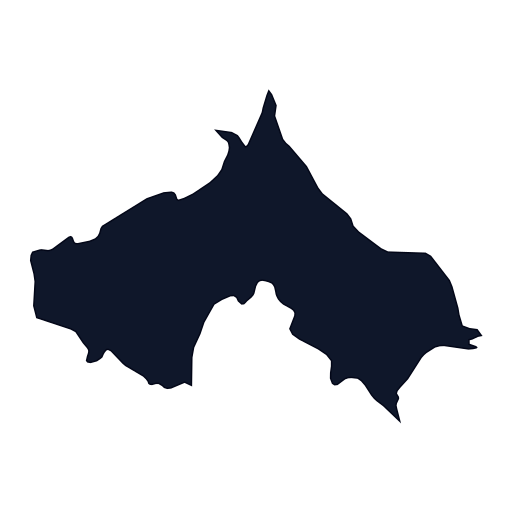 outline of Koprivničko-Križevačka
{"feature_id": "HRV-1608", "entity_name": "Koprivničko-Križevačka", "entity_type": "County", "adm_level": 1, "iso_a3": "HRV", "parent_name": "Croatia", "parent_adm1": "", "projection": "albers", "projection_center": [16.81, 46.118], "detail": "fine", "context": "isolated", "style": "filled", "palette": "ink", "viewbox_px": 512, "rotation_deg": 0, "n_neighbors": 0, "source": "natural_earth", "source_scale": "10m", "svg_char_len": 2588}
<svg xmlns="http://www.w3.org/2000/svg" viewBox="0 0 512 512"><path d="M278.0,126.1L282.6,139.4L285.7,143.4L289.1,146.3L306.4,166.6L317.8,188.0L322.2,193.9L346.9,213.9L350.7,218.9L353.0,226.1L358.5,232.0L380.9,248.8L387.8,252.1L425.4,253.3L430.6,256.3L449.3,280.5L451.9,286.8L457.8,308.2L458.9,314.9L462.2,326.0L469.5,328.7L477.1,329.7L481.3,335.5L477.8,336.2L472.1,338.9L468.9,339.7L469.0,344.3L475.8,346.7L476.6,347.4L476.2,347.8L473.0,348.5L468.5,348.9L444.1,345.4L439.7,345.6L434.9,346.9L426.1,352.5L423.7,354.6L421.2,357.4L407.6,378.7L400.2,386.8L397.1,390.6L396.2,393.5L398.3,397.1L398.4,398.6L396.3,403.2L395.9,405.5L396.6,408.9L399.7,421.1L383.5,405.6L377.0,400.7L374.4,398.3L371.6,394.9L365.3,385.1L361.5,380.7L357.8,378.1L351.6,377.4L348.0,377.6L344.9,378.7L337.3,384.4L334.6,384.7L332.5,383.3L330.6,378.3L330.7,372.8L331.6,366.3L331.6,360.7L326.7,354.5L318.3,348.8L299.4,339.0L292.7,334.2L289.9,328.8L294.9,315.8L295.1,312.8L293.7,310.2L291.3,308.3L283.5,304.0L280.6,301.5L278.4,298.8L276.9,295.8L276.3,294.1L275.8,291.3L274.8,286.9L273.5,284.6L271.9,282.9L268.6,281.5L265.3,280.6L262.2,280.1L259.6,280.6L257.4,282.3L255.5,286.1L253.8,293.1L252.9,294.9L251.0,297.1L246.6,300.8L245.3,302.3L243.8,303.7L241.7,303.9L238.4,300.9L236.8,297.4L233.9,295.5L230.3,295.7L221.9,299.3L214.0,304.1L209.3,312.4L203.8,322.2L199.9,333.7L193.6,347.3L191.8,357.4L191.4,385.3L184.6,382.1L170.9,387.9L167.3,388.3L164.4,387.4L162.4,385.5L158.7,383.3L155.9,383.3L151.9,384.4L150.1,384.2L148.9,383.4L148.2,381.3L146.4,378.8L143.5,376.0L125.7,365.5L123.0,363.2L111.2,350.8L108.5,349.4L106.7,349.4L105.5,350.5L104.2,352.1L103.2,353.8L101.8,357.0L100.1,358.4L96.7,360.7L90.5,362.4L87.7,361.9L86.6,360.6L87.5,356.6L88.6,353.2L88.9,351.6L88.8,350.1L88.1,348.6L87.1,347.2L83.3,342.7L75.9,331.6L70.9,328.9L36.8,317.6L33.8,305.8L35.2,281.5L34.1,273.8L30.7,260.5L31.2,255.4L32.7,252.2L39.8,250.1L41.5,249.9L48.1,250.7L50.2,250.3L52.6,249.3L68.9,237.3L70.6,236.7L71.6,237.2L72.3,238.2L73.4,241.3L74.2,242.8L75.5,243.6L77.7,243.8L89.8,241.3L95.5,238.9L98.2,236.4L99.8,233.3L101.1,228.5L102.5,226.3L147.0,198.8L163.8,192.9L171.5,192.2L173.8,193.0L175.3,194.9L176.8,199.4L178.4,200.4L184.2,198.5L193.0,194.2L210.0,182.8L217.7,175.7L221.9,169.6L224.5,161.5L227.8,155.0L229.0,151.2L229.5,147.7L229.1,144.9L228.6,142.6L227.7,141.2L226.6,140.2L222.3,137.4L216.0,130.4L231.6,132.6L237.4,135.7L239.1,138.0L241.6,142.0L245.3,146.9L246.8,146.3L248.3,144.6L262.1,113.1L262.6,111.3L263.2,108.1L267.0,95.5L268.8,90.9L271.6,94.7L276.0,105.5L274.5,116.0L278.0,126.1Z" fill="#0f172a" stroke="#020617" stroke-width="1.5"/></svg>